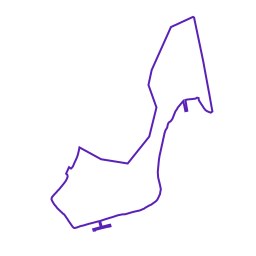 Pointe Seraphine, Castries, Saint Lucia (Equal Earth projection), rotated 345°
{"feature_id": "8701671B40799965178228", "entity_name": "Pointe Seraphine", "entity_type": "district", "adm_level": 2, "iso_a3": "LCA", "parent_name": "Saint Lucia", "parent_adm1": "Castries", "projection": "equal_earth", "projection_center": [-60.994, 14.016], "detail": "fine", "context": "isolated", "style": "outline", "palette": "violet", "viewbox_px": 256, "rotation_deg": 345, "n_neighbors": 0, "source": "geoboundaries", "source_scale": "gbopen_adm2", "svg_char_len": 3075}
<svg xmlns="http://www.w3.org/2000/svg" viewBox="0 0 256 256"><g transform="rotate(345 128 128)"><path d="M212.0,134.6L212.7,134.3L213.8,133.9L214.6,124.1L215.3,116.3L216.0,107.2L216.9,95.8L217.9,83.4L218.5,72.8L220.4,38.4L219.9,38.0L219.5,37.5L195.6,41.6L165.9,78.1L158.9,91.7L160.8,115.5L158.4,119.9L146.3,141.8L118.5,162.2L93.9,151.2L91.4,148.8L76.1,134.2L75.9,134.6L75.1,136.2L74.2,138.0L73.3,139.6L72.7,140.8L71.9,141.9L71.2,143.0L70.8,143.5L70.2,144.3L69.4,145.2L68.5,146.3L67.6,147.4L66.6,148.6L65.6,149.9L64.9,150.8L63.9,151.6L63.2,152.0L62.4,152.4L61.3,151.1L60.9,150.6L59.9,151.8L58.6,153.4L57.2,155.1L56.4,156.1L56.7,156.6L57.3,157.6L57.1,159.3L56.2,160.8L55.3,161.8L54.5,162.7L53.5,163.6L52.6,164.3L51.3,165.3L50.3,166.0L49.3,166.8L48.4,167.4L47.5,168.0L46.3,168.9L45.2,169.6L43.5,170.6L42.3,171.5L40.8,172.4L39.8,173.0L38.9,173.6L38.2,174.0L37.9,174.3L36.8,175.1L36.3,175.6L35.6,177.2L35.8,178.0L35.9,178.8L36.1,179.6L36.4,180.7L37.0,182.7L37.4,183.6L38.2,185.2L38.7,186.6L39.1,187.4L40.3,189.4L41.1,190.7L41.5,191.4L42.3,192.6L43.0,193.9L43.6,194.5L44.0,195.0L44.3,195.9L44.8,197.0L45.0,197.8L45.4,198.9L45.9,200.1L46.2,201.3L46.6,202.5L47.0,203.6L47.5,205.0L47.9,206.1L48.2,206.9L48.7,208.4L49.2,209.4L49.6,210.2L50.6,210.8L51.4,210.8L52.2,210.9L53.3,210.8L54.5,210.7L56.5,210.5L57.6,210.5L59.2,210.6L60.5,210.6L62.7,210.5L64.3,210.5L66.1,210.4L67.5,210.5L69.1,210.5L70.9,210.5L73.4,210.5L75.2,210.5L76.1,210.6L76.0,211.8L76.0,213.5L76.0,214.8L76.0,216.7L73.7,216.7L71.1,216.7L68.2,216.7L68.2,218.3L69.0,218.4L69.6,218.5L69.7,218.0L71.1,218.0L73.2,218.0L76.7,218.0L79.4,218.1L81.4,218.1L82.1,218.1L84.1,218.4L85.7,218.4L85.7,216.8L83.7,216.7L81.3,216.7L80.6,216.7L77.0,216.6L77.0,210.6L81.6,210.3L86.5,210.1L90.5,210.0L95.5,209.7L97.9,209.8L100.3,210.0L102.1,210.4L103.0,210.6L106.4,210.5L110.1,210.4L114.4,210.5L117.4,210.7L118.0,210.7L119.4,210.5L121.5,210.2L122.6,210.1L123.8,209.6L125.1,209.2L126.1,209.0L127.7,208.5L128.9,208.3L130.7,208.0L133.0,207.1L134.9,206.4L135.6,206.1L136.4,205.8L137.9,204.7L139.1,203.4L140.3,201.9L141.3,200.7L141.7,200.4L142.4,198.7L143.4,196.6L143.9,195.6L143.9,195.1L144.0,193.3L144.1,192.2L144.2,189.6L144.3,184.9L144.3,183.7L144.7,181.6L145.4,178.1L148.6,169.5L149.0,168.4L149.7,166.6L151.0,163.7L151.4,162.8L154.6,156.7L156.4,153.1L156.9,152.3L158.3,149.5L162.2,142.0L162.6,141.5L163.2,140.4L164.3,139.3L166.0,137.7L166.3,137.0L167.0,135.6L167.5,134.7L168.0,134.1L168.5,133.5L168.9,133.2L171.0,132.5L171.3,132.2L171.9,131.8L173.0,130.9L173.7,130.1L177.7,124.7L178.3,124.0L179.6,123.0L181.0,121.6L181.3,121.2L183.6,119.6L188.0,116.5L188.4,116.3L188.2,118.6L188.2,120.3L188.1,121.5L187.9,124.3L187.8,126.6L189.7,126.7L190.2,121.2L190.4,119.1L190.7,115.8L191.1,115.8L193.4,115.9L194.3,116.1L197.2,116.6L200.8,117.1L201.3,117.0L202.1,116.7L202.6,116.6L203.0,116.8L203.9,117.3L203.8,117.8L203.8,118.6L203.6,119.6L204.1,121.1L204.6,122.7L205.1,124.3L205.5,125.4L206.5,128.6L207.5,130.8L208.8,132.3L209.4,132.7L209.8,133.1L210.5,133.6L210.9,133.9L211.3,134.1L212.0,134.6Z" fill="none" stroke="#5b21b6" stroke-width="2"/></g></svg>